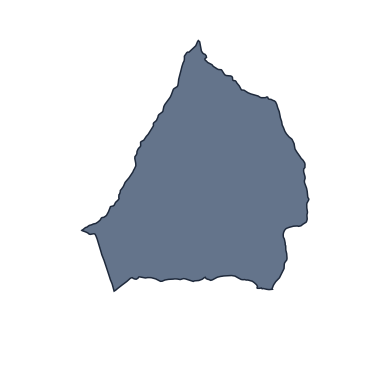 Cevallos, Tungurahua, Ecuador, rotated 328°
{"feature_id": "8360857B65795256666582", "entity_name": "Cevallos", "entity_type": "district", "adm_level": 2, "iso_a3": "ECU", "parent_name": "Ecuador", "parent_adm1": "Tungurahua", "projection": "robinson", "projection_center": [-78.612, -1.35], "detail": "fine", "context": "isolated", "style": "filled", "palette": "slate", "viewbox_px": 384, "rotation_deg": 328, "n_neighbors": 0, "source": "geoboundaries", "source_scale": "gbopen_adm2", "svg_char_len": 4385}
<svg xmlns="http://www.w3.org/2000/svg" viewBox="0 0 384 384"><g transform="rotate(328 192 192)"><path d="M78.2,166.1L78.3,166.5L79.9,168.5L81.0,170.0L81.9,171.4L82.4,173.1L83.2,174.0L86.5,175.3L87.3,176.0L87.4,177.2L87.2,178.7L86.7,181.4L83.2,194.3L82.3,197.3L81.6,201.1L81.4,202.0L81.3,202.9L81.1,203.7L79.8,209.1L77.4,218.9L76.3,223.2L75.6,227.5L73.4,234.8L75.3,234.8L78.0,234.4L83.7,233.8L88.5,233.4L89.5,233.3L93.9,232.5L95.4,232.7L96.1,233.1L96.3,234.1L97.4,235.5L98.5,236.4L100.3,236.5L101.9,235.9L102.5,236.1L105.3,238.7L106.9,240.2L109.1,241.1L112.0,243.0L115.2,246.5L117.9,251.0L119.3,251.8L122.4,252.3L125.7,253.6L129.7,255.8L130.5,256.2L131.4,256.6L133.4,258.0L134.3,258.8L135.6,260.0L138.8,260.9L140.2,262.0L145.7,268.5L147.1,268.7L150.9,270.7L154.5,271.4L156.4,271.2L158.0,271.3L158.1,273.0L158.8,274.0L159.3,274.6L159.9,275.1L160.4,275.9L161.0,276.8L162.6,277.3L168.3,277.7L171.1,278.6L174.6,280.1L181.3,283.8L183.9,286.1L185.3,288.7L187.3,292.2L188.2,293.0L188.9,293.5L190.3,294.2L190.6,294.6L191.3,295.4L192.8,296.3L195.9,299.7L196.0,300.0L196.8,302.0L197.2,303.4L197.5,304.5L197.6,305.2L197.6,305.8L197.5,306.4L197.5,306.7L197.2,307.0L196.8,307.3L196.4,307.7L196.3,307.9L196.4,308.2L196.8,308.6L198.1,309.4L198.3,309.5L198.6,309.6L200.1,310.3L200.1,310.5L200.1,310.9L200.1,311.1L200.3,311.3L200.5,311.4L200.7,311.5L200.9,311.5L201.1,311.5L201.9,312.2L202.0,312.3L203.9,314.2L205.6,315.6L208.6,317.1L208.6,316.5L211.0,314.7L212.2,313.9L215.5,312.4L220.7,311.1L229.5,305.7L232.1,302.0L233.1,301.1L236.4,299.8L237.5,298.5L239.7,294.3L240.8,290.9L242.9,287.4L243.1,286.2L244.0,284.6L245.4,280.8L245.6,278.6L246.7,276.6L247.6,275.5L248.6,274.6L250.3,273.5L252.1,272.9L253.4,273.0L255.8,273.5L260.0,274.8L263.3,276.6L264.2,277.6L266.5,278.4L269.1,278.1L272.5,278.1L273.0,278.0L273.5,277.7L274.1,277.2L275.1,276.3L275.6,275.6L276.0,274.8L276.6,273.6L276.8,273.2L277.2,272.5L277.7,271.9L278.6,271.1L279.1,270.5L279.4,270.0L280.9,266.4L282.8,263.2L283.7,262.3L287.0,260.4L287.4,259.6L287.4,257.8L287.7,257.2L290.1,252.4L291.2,249.4L292.3,243.9L293.1,242.2L295.2,240.3L296.0,238.8L297.3,234.3L298.1,232.8L299.1,231.6L300.7,231.1L302.5,228.4L303.0,227.0L303.0,224.0L302.4,221.2L302.4,219.4L302.2,215.5L302.1,214.8L302.1,211.1L302.2,209.9L303.3,207.2L304.2,205.1L304.7,200.6L304.6,199.7L303.5,196.7L302.9,192.8L302.9,189.8L303.7,185.8L304.0,183.0L305.4,179.6L306.3,175.9L307.1,173.9L308.6,169.9L309.3,166.1L310.3,162.6L310.6,159.9L310.2,158.5L308.9,156.8L308.4,155.7L307.7,155.0L307.1,154.6L306.5,154.0L306.2,153.5L306.2,152.9L306.4,151.9L306.4,151.6L306.2,151.4L305.7,151.0L305.1,151.0L304.1,150.8L300.8,148.8L300.3,148.2L299.8,147.6L299.0,145.7L298.2,144.8L297.3,143.8L295.5,141.8L294.6,140.8L293.8,139.9L292.0,137.4L290.1,133.3L288.2,131.8L288.0,131.3L288.3,127.2L287.8,123.2L287.9,121.5L287.7,120.8L287.2,120.2L286.6,119.7L286.2,119.5L285.9,118.8L286.2,117.9L287.0,116.3L287.0,115.2L286.3,114.1L282.7,111.3L282.0,110.2L281.8,108.7L281.8,104.6L281.6,103.8L279.2,102.0L278.5,100.8L276.6,96.7L276.4,94.6L273.9,90.4L273.6,88.5L273.1,87.6L273.3,86.1L274.0,85.7L275.6,85.6L276.2,84.0L276.0,82.2L275.0,80.8L274.7,79.5L274.7,77.4L278.1,68.7L277.6,66.9L276.4,67.4L272.7,70.0L266.1,71.3L263.5,71.8L262.3,71.0L261.3,71.1L257.5,72.8L255.9,75.4L254.6,76.8L253.0,77.7L250.0,80.2L246.7,83.4L246.6,83.5L243.0,86.9L240.3,89.5L239.3,90.8L238.2,92.2L236.3,94.3L235.3,94.8L231.5,94.8L230.5,95.1L226.0,98.6L223.7,100.1L215.6,103.3L214.5,103.9L214.3,104.1L214.2,104.1L213.3,104.7L210.1,108.1L209.4,108.4L206.3,108.7L206.1,108.7L205.0,108.8L203.9,109.3L202.6,110.6L199.9,112.4L198.7,112.7L196.5,113.0L195.9,113.2L195.4,113.6L194.4,115.4L193.7,115.8L185.3,119.9L182.7,120.6L178.6,122.5L175.5,122.3L174.7,122.6L173.2,125.2L172.6,125.9L171.6,126.3L169.9,126.6L168.7,127.2L166.9,128.4L165.5,130.3L164.2,131.1L162.3,131.8L161.2,133.4L159.5,137.8L158.5,139.6L157.9,140.3L155.2,142.0L154.2,142.5L153.3,143.1L152.5,143.7L151.6,144.1L146.3,146.5L140.4,148.4L136.8,150.9L133.7,152.2L132.1,152.7L131.7,153.1L131.3,153.8L129.6,155.3L128.6,155.6L127.1,157.7L126.6,159.0L124.8,159.7L121.7,160.3L118.9,162.0L118.0,162.1L115.1,161.2L110.7,164.5L107.5,166.3L107.2,166.5L106.4,166.6L105.9,166.7L103.8,166.7L102.1,166.0L101.2,166.1L99.1,167.2L96.4,167.6L93.8,167.7L91.3,166.8L89.5,166.6L87.1,165.9L84.1,166.1L82.8,165.7L79.7,166.1L79.1,166.1L78.2,166.1Z" fill="#64748b" stroke="#1e293b" stroke-width="1.5"/></g></svg>